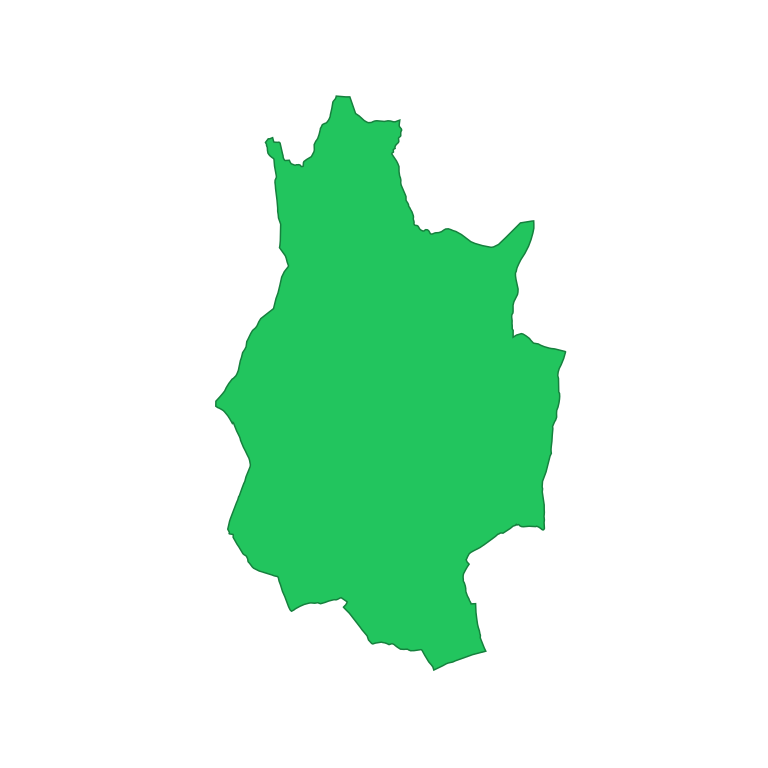 outline of Soracá, Boyacá, Colombia, rotated 159°
{"feature_id": "7082276B41688311282936", "entity_name": "Soracá", "entity_type": "district", "adm_level": 2, "iso_a3": "COL", "parent_name": "Colombia", "parent_adm1": "Boyacá", "projection": "natural_earth1", "projection_center": [-73.319, 5.492], "detail": "fine", "context": "isolated", "style": "filled", "palette": "green", "viewbox_px": 768, "rotation_deg": 159, "n_neighbors": 0, "source": "geoboundaries", "source_scale": "gbopen_adm2", "svg_char_len": 6165}
<svg xmlns="http://www.w3.org/2000/svg" viewBox="0 0 768 768"><g transform="rotate(159 384 384)"><path d="M440.0,99.1L430.3,99.9L426.0,100.5L423.9,100.5L419.4,99.8L416.5,100.0L398.3,99.6L384.7,98.1L385.0,101.7L385.1,112.5L384.0,115.0L384.0,116.3L383.4,119.5L383.2,123.1L382.8,126.1L381.6,131.4L380.0,137.8L377.2,146.1L381.5,147.5L381.4,148.6L381.8,151.3L381.7,153.0L382.1,156.3L382.0,160.7L381.4,162.7L381.0,163.7L380.5,166.2L380.3,169.5L380.6,171.6L380.0,173.1L379.5,175.0L378.8,176.7L377.7,178.4L374.5,181.2L371.8,183.4L369.1,185.3L370.2,188.1L370.3,190.6L369.5,191.1L367.9,192.8L365.3,195.0L363.2,195.7L359.8,196.2L353.1,196.9L346.8,198.4L334.5,201.8L331.4,203.0L330.7,202.8L329.3,203.1L328.3,203.1L326.3,202.1L317.9,203.9L314.3,205.1L312.3,204.9L310.8,205.6L310.6,205.5L310.6,205.1L310.5,204.7L308.9,204.6L308.2,203.7L307.9,202.8L306.7,201.6L305.1,200.8L299.5,199.2L293.5,196.5L292.4,196.5L291.0,195.2L289.6,193.2L288.8,191.7L288.2,191.0L287.4,190.7L286.7,191.0L286.0,191.7L284.2,197.3L283.0,199.6L282.0,203.2L281.3,204.5L280.3,206.7L279.3,209.7L277.8,213.7L274.9,226.6L273.5,229.3L273.2,231.3L270.9,236.3L264.2,243.9L254.8,257.2L252.6,259.3L252.2,261.0L251.5,263.1L250.4,265.4L247.7,270.5L245.5,275.4L242.4,281.7L241.8,284.0L238.1,287.8L236.8,288.7L234.7,291.2L233.4,294.9L232.2,297.5L229.9,300.0L227.4,303.7L225.6,306.9L224.4,309.5L223.5,312.3L223.7,314.0L219.1,326.7L218.8,329.5L218.2,330.7L217.0,332.9L214.8,335.7L211.7,338.5L207.1,343.4L203.0,348.9L203.2,349.4L211.9,355.5L213.9,356.6L214.3,356.7L216.9,358.3L221.0,361.4L223.8,364.0L225.6,366.1L229.8,368.6L231.2,372.0L231.9,374.4L234.2,378.1L236.3,380.8L237.7,381.8L242.8,382.2L246.7,381.4L244.2,387.8L244.5,389.6L243.4,392.5L242.8,394.6L241.7,397.2L240.8,400.8L239.8,402.9L238.2,404.1L237.4,405.7L235.3,411.3L233.2,414.3L227.3,419.7L226.0,421.8L224.8,424.6L223.3,434.3L222.5,437.8L221.5,440.5L220.0,442.0L219.3,443.2L218.1,444.9L215.0,448.0L211.7,451.0L205.6,455.5L199.7,460.8L195.0,466.1L190.9,471.6L188.3,475.7L186.8,479.6L185.8,482.6L187.5,483.1L198.9,485.5L217.8,477.1L227.1,473.2L232.7,472.7L235.0,473.2L242.5,477.9L248.7,482.6L251.9,485.7L258.1,495.7L262.2,500.6L264.7,502.6L266.3,504.2L268.3,505.8L270.9,506.6L273.0,506.3L275.7,505.6L278.6,505.7L281.4,506.6L282.6,506.8L284.9,506.7L286.0,507.0L286.8,507.6L287.3,510.9L288.1,512.3L289.6,513.1L290.7,513.0L291.5,512.6L292.8,512.8L294.4,514.5L295.1,515.8L295.6,519.0L296.4,520.1L298.2,521.1L298.6,521.8L298.6,523.0L298.0,524.1L297.7,525.4L297.7,526.6L297.4,527.9L296.6,529.4L296.3,530.7L296.2,534.9L296.6,537.0L296.8,539.4L297.3,541.2L296.9,542.2L296.9,543.9L297.6,547.6L296.3,551.1L296.3,553.1L296.7,563.5L296.3,565.8L295.2,568.3L294.8,570.6L294.8,572.7L293.9,576.7L292.1,581.6L292.1,584.6L292.4,587.7L294.3,596.0L293.5,596.8L292.1,597.1L291.7,598.2L291.5,599.3L290.8,599.7L289.2,599.9L289.0,601.1L288.3,602.0L287.0,603.0L284.0,604.3L283.2,605.2L282.4,608.2L281.6,608.8L280.2,609.2L279.4,609.7L278.3,612.7L277.4,613.9L276.5,614.7L276.4,615.9L277.3,618.7L277.3,619.4L277.0,620.4L274.7,624.7L279.7,624.8L281.2,625.4L283.7,627.2L286.0,628.3L289.6,629.0L296.3,632.3L298.1,632.8L299.8,632.9L302.1,632.7L305.0,633.6L306.2,634.7L308.1,637.1L311.1,643.1L313.6,646.7L313.0,664.3L316.5,665.6L325.4,669.9L326.1,668.8L327.3,667.6L330.0,666.1L330.7,665.5L334.0,659.9L337.5,654.7L338.4,653.0L340.0,651.3L341.4,650.1L344.0,648.5L345.5,648.4L346.1,648.5L348.6,648.2L350.9,646.0L351.7,645.5L352.4,644.2L355.1,640.3L357.7,637.2L358.9,636.2L360.7,635.1L363.4,632.5L365.2,627.4L366.1,626.0L370.3,622.3L376.0,621.3L379.0,620.4L379.9,619.5L381.4,616.3L381.9,616.2L383.3,616.7L383.9,618.5L385.1,619.4L385.7,619.4L386.4,619.8L387.4,620.1L388.6,620.0L391.8,623.0L392.2,625.5L392.2,626.8L396.0,628.0L396.6,628.4L396.9,629.9L396.9,631.7L396.4,633.5L396.3,634.9L394.7,646.0L394.9,646.8L395.4,647.4L396.9,647.8L400.0,649.2L400.1,650.1L399.7,653.9L402.9,653.9L404.2,654.4L408.1,652.0L407.8,650.0L408.2,648.6L408.2,646.6L409.1,643.8L409.6,641.0L409.1,639.0L408.5,637.5L407.2,635.3L406.4,634.2L406.2,633.5L406.4,632.5L408.1,626.7L410.0,616.6L410.5,615.4L412.6,613.3L413.6,611.1L414.2,608.6L415.2,605.3L418.0,594.0L420.2,586.4L421.4,583.2L422.0,580.3L423.0,576.8L423.2,570.2L429.5,554.8L431.5,550.7L432.7,548.7L430.2,539.1L430.2,536.7L430.7,532.5L430.8,528.6L431.3,527.9L436.8,524.6L441.2,520.5L445.8,513.5L450.3,507.0L454.2,502.5L460.1,494.0L475.6,489.2L478.6,486.9L481.6,483.9L483.7,482.5L487.5,481.1L490.2,479.0L495.3,474.2L496.9,472.8L499.4,468.2L501.6,466.2L504.7,464.0L507.6,459.8L509.7,457.3L515.1,448.9L517.4,446.4L519.2,444.8L522.5,443.3L524.2,442.9L528.7,440.1L532.5,437.2L535.2,434.6L538.2,432.8L541.9,430.8L547.1,428.2L549.0,423.5L547.7,421.6L546.4,420.4L544.5,418.1L543.5,416.7L542.8,415.1L541.2,410.3L540.5,406.9L539.7,401.6L538.8,402.3L538.5,401.7L538.4,393.1L537.8,386.8L537.8,384.5L538.1,382.9L537.9,375.5L537.4,371.0L537.1,367.0L536.7,363.1L536.9,360.6L537.7,356.4L538.6,354.8L546.1,346.8L548.8,343.0L550.7,341.2L553.9,337.6L559.3,331.3L559.9,331.1L562.1,328.2L564.1,326.2L575.5,313.5L577.3,311.3L581.8,304.6L581.9,304.2L581.5,301.0L582.2,299.8L581.9,299.4L578.9,297.7L578.8,297.2L579.8,294.9L578.6,287.0L577.9,284.1L576.5,276.1L575.8,274.8L574.4,273.0L574.2,272.3L574.0,270.6L574.0,269.3L574.5,267.2L574.5,266.6L573.8,264.9L572.5,260.3L571.7,258.7L567.6,254.2L556.8,245.7L555.3,244.3L552.4,242.4L552.1,241.4L552.0,241.0L552.2,240.3L552.6,237.4L552.6,233.7L553.1,226.6L552.8,221.0L552.9,210.4L552.7,207.8L552.4,206.1L551.7,205.0L548.8,205.4L547.2,205.9L542.0,206.6L537.4,206.8L532.6,206.3L530.8,205.9L527.3,204.2L524.0,203.5L523.2,202.6L521.9,201.6L517.2,201.2L513.6,201.2L509.0,200.7L507.8,200.5L506.1,199.7L504.5,199.6L502.3,199.9L500.6,199.9L496.5,193.9L497.0,193.1L498.6,191.7L501.8,190.2L501.4,189.0L498.5,182.4L493.4,165.5L492.7,162.7L490.0,154.9L490.2,150.6L488.6,146.4L488.0,145.6L487.3,145.3L484.9,145.2L478.8,143.9L478.0,143.2L475.8,141.9L474.3,140.6L472.7,138.9L469.5,138.7L467.8,137.0L467.3,135.9L465.9,133.6L463.7,130.6L460.5,129.1L458.7,128.6L457.0,127.9L456.2,126.8L454.8,125.5L451.5,124.3L444.8,122.8L444.2,122.4L443.9,121.5L443.2,116.3L441.8,108.5L440.5,104.9L439.8,102.4L440.0,99.1Z" fill="#22c55e" stroke="#15803d" stroke-width="1.5"/></g></svg>